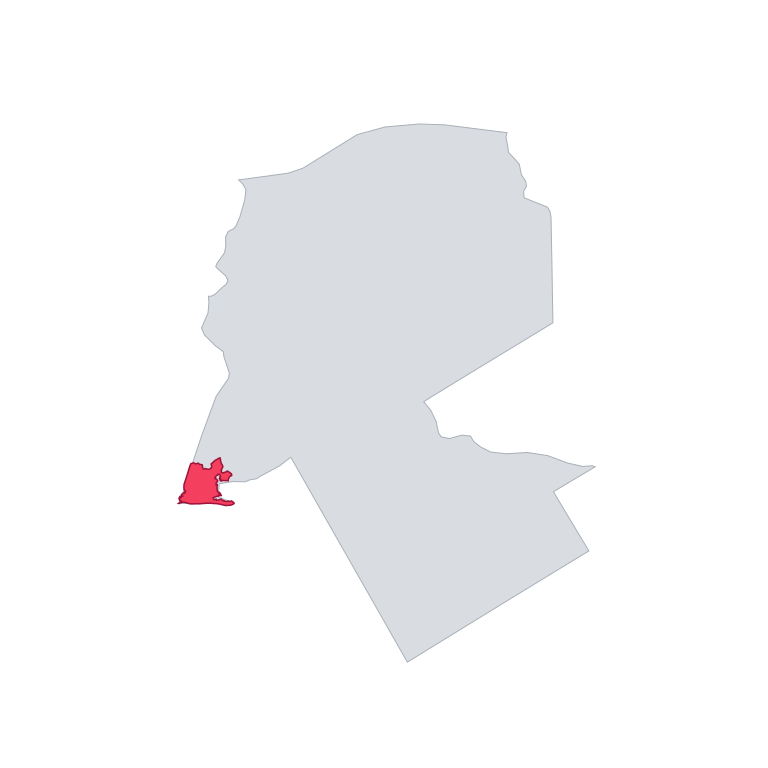 Puerto Barrios, Izabal, Guatemala shown in context, rotated 148°
{"feature_id": "79465075B20471919033812", "entity_name": "Puerto Barrios", "entity_type": "district", "adm_level": 2, "iso_a3": "GTM", "parent_name": "Guatemala", "parent_adm1": "Izabal", "projection": "orthographic", "projection_center": [-88.506, 15.734], "detail": "fine", "context": "in_parent", "style": "filled", "palette": "rose", "viewbox_px": 768, "rotation_deg": 148, "n_neighbors": 0, "source": "geoboundaries", "source_scale": "gbopen_adm2", "svg_char_len": 7049}
<svg xmlns="http://www.w3.org/2000/svg" viewBox="0 0 768 768"><g transform="rotate(148 384 384)"><path d="M146.5,531.9L149.7,528.9L152.4,521.7L155.7,514.3L153.9,505.7L152.8,498.7L156.6,488.6L156.4,480.9L158.2,476.3L163.6,473.3L166.5,467.6L151.6,447.3L151.7,442.7L153.8,437.2L166.5,416.0L181.6,390.8L198.3,363.1L208.3,346.4L243.8,346.8L267.3,347.1L297.2,347.5L329.6,347.8L350.9,348.0L359.7,347.9L358.3,336.9L359.6,324.8L363.6,313.8L363.6,309.0L357.3,303.0L345.1,299.4L338.3,294.1L338.4,287.4L335.4,279.4L329.6,269.8L317.4,260.1L298.8,250.0L283.1,236.5L270.2,219.7L259.2,208.8L250.7,204.3L248.8,201.9L273.7,202.4L297.4,202.9L297.9,179.0L298.3,157.8L298.7,133.9L341.5,134.4L392.5,134.9L445.5,135.3L487.1,135.6L511.6,135.7L510.4,165.4L508.9,199.7L507.9,225.0L506.5,258.7L505.1,293.2L503.1,340.2L501.9,370.6L502.4,371.3L516.4,369.9L537.2,371.3L542.3,371.2L548.6,373.8L553.5,374.6L564.1,381.5L576.5,386.7L584.4,376.3L580.2,370.0L577.1,366.7L577.6,363.9L620.7,391.0L615.6,395.2L604.6,404.8L584.7,421.3L566.9,436.1L549.7,449.5L534.2,461.5L532.4,462.7L512.7,471.3L509.4,475.2L505.2,492.2L503.2,496.5L506.8,505.9L510.3,520.6L509.1,528.2L495.5,537.6L489.2,546.0L486.4,551.5L484.0,550.0L479.8,549.6L470.0,551.7L465.3,552.1L461.4,554.5L461.0,559.8L463.5,568.3L464.5,572.7L461.7,574.8L449.7,579.8L445.0,584.9L440.4,592.7L435.1,596.0L429.6,595.3L425.7,596.5L417.4,602.3L404.8,613.6L398.0,622.1L397.8,628.4L399.1,634.1L353.6,613.6L338.5,610.0L274.5,609.7L247.1,601.5L216.1,585.7L195.2,571.6L146.5,531.9Z" fill="#d9dde1" stroke="#a8b0b8" stroke-width="1"/><path d="M562.1,408.2L562.4,408.3L563.1,408.4L563.8,408.6L564.5,408.7L566.1,408.5L566.9,408.6L567.3,408.8L567.8,408.8L568.4,408.6L569.0,408.2L569.6,408.5L571.2,408.0L571.6,407.9L572.5,408.0L572.6,407.9L572.8,407.9L573.0,407.6L573.3,407.1L573.5,406.3L573.7,405.4L573.8,405.1L574.2,404.9L574.8,404.5L575.4,404.5L575.7,404.3L576.0,404.2L576.6,404.3L577.7,404.5L578.3,404.8L579.2,405.6L579.4,405.9L579.6,406.1L579.7,406.4L580.2,406.9L580.7,407.1L581.3,407.1L581.6,407.2L581.9,407.3L582.0,407.5L582.3,407.8L582.3,408.4L582.1,409.2L581.6,410.3L581.3,410.7L581.1,411.4L581.0,411.8L581.2,412.1L581.6,412.4L582.0,412.9L582.4,413.1L582.9,413.4L583.1,413.6L583.2,413.9L583.2,414.8L583.4,415.2L583.6,415.4L584.2,415.6L585.2,415.7L585.4,415.8L585.7,416.0L586.0,416.1L586.4,416.5L586.9,417.6L587.3,418.0L587.5,418.2L587.8,418.3L588.7,418.4L589.5,418.7L589.9,418.8L592.0,417.4L600.4,410.1L606.8,404.8L607.4,403.9L608.3,402.7L608.7,402.0L609.3,400.8L609.4,400.4L609.6,399.8L609.3,399.5L609.2,398.8L609.2,398.2L609.3,397.9L609.5,397.9L609.7,398.2L609.9,398.2L610.1,398.1L610.3,397.9L610.6,397.1L610.8,397.0L611.1,397.1L611.2,397.3L611.6,398.0L611.9,398.0L612.6,397.7L612.9,397.7L613.5,397.6L614.0,397.7L614.3,397.6L614.5,397.5L614.6,397.3L614.6,397.0L614.4,396.6L614.0,396.2L613.9,396.0L613.9,395.7L614.0,395.5L614.5,395.6L614.9,396.1L615.2,396.4L615.4,396.3L615.5,396.3L615.8,395.7L616.0,395.6L616.3,395.7L616.3,396.0L616.2,396.4L616.2,396.6L616.3,396.7L616.4,396.8L616.6,396.8L616.9,396.7L617.1,396.5L617.2,396.2L617.1,395.9L616.7,395.4L616.6,395.2L616.8,395.2L617.2,395.6L617.6,395.9L617.9,396.1L618.2,396.0L618.3,395.9L618.4,395.7L618.3,395.1L618.7,394.9L618.8,394.8L618.8,394.2L619.0,393.5L619.0,393.3L618.6,393.2L618.5,392.9L618.4,392.7L618.0,392.2L618.1,391.9L618.6,391.8L619.3,391.8L621.5,391.7L621.3,391.5L621.3,391.3L621.2,391.2L620.7,391.3L620.4,391.3L617.8,390.6L616.8,390.0L616.6,389.9L615.7,389.2L613.8,387.2L613.3,386.5L613.0,386.1L611.4,384.7L611.0,384.6L610.8,384.3L609.8,383.8L609.1,383.2L607.9,382.7L607.1,382.2L605.9,381.4L605.6,381.3L605.2,381.0L604.4,380.4L603.2,379.8L602.9,379.6L602.4,379.4L601.7,379.0L601.2,378.8L600.9,378.6L600.2,378.3L599.5,377.8L597.3,376.8L596.3,376.1L595.7,375.7L594.0,374.7L592.2,373.2L589.7,371.5L588.2,370.3L586.7,368.9L585.3,367.5L583.4,365.5L582.2,364.5L581.7,364.3L578.8,362.8L577.9,362.4L576.0,362.0L575.5,362.0L574.7,362.1L574.2,362.3L574.2,362.6L574.5,363.4L574.6,364.1L575.2,365.5L575.4,365.7L575.5,365.8L575.9,365.9L577.0,366.0L577.3,366.2L577.7,366.9L578.2,367.3L578.5,367.5L578.9,367.5L579.4,367.6L579.6,367.7L580.0,368.1L580.4,368.3L580.6,368.5L581.0,368.6L581.2,368.9L581.4,369.6L581.9,370.4L582.2,370.6L582.4,370.6L582.4,370.2L582.5,370.3L582.6,370.5L582.8,371.0L582.9,372.4L582.9,372.6L583.1,372.6L583.2,372.4L583.9,373.0L584.1,373.1L584.4,372.9L584.6,373.0L585.2,373.2L585.5,373.4L587.3,373.8L587.5,373.9L587.5,374.2L587.5,374.4L587.3,374.7L587.3,374.9L587.4,375.4L587.7,375.5L588.4,375.5L589.0,375.5L589.3,375.7L589.5,375.9L589.6,376.1L589.6,377.2L589.3,377.7L588.9,378.0L588.7,378.0L588.4,377.7L588.2,377.8L587.9,377.9L586.9,377.7L585.9,377.4L585.5,377.5L585.3,377.4L585.0,377.3L584.7,377.1L584.4,377.0L584.0,376.6L583.5,376.4L583.3,376.5L583.1,376.8L583.2,377.2L583.1,377.3L582.7,377.6L582.5,377.9L582.4,377.7L582.5,377.6L582.7,377.2L582.4,376.9L581.9,376.5L581.6,376.0L581.4,375.6L581.0,375.7L580.9,378.6L581.0,379.2L581.2,379.6L581.3,379.7L581.6,379.9L582.0,380.6L582.2,380.9L582.0,381.5L581.4,382.9L580.9,383.9L580.5,384.6L579.7,385.7L579.2,386.1L578.8,386.9L578.7,387.2L578.8,387.4L578.9,387.5L579.1,387.7L579.3,387.6L579.2,387.3L579.3,387.1L579.5,387.1L579.8,387.5L579.7,387.6L579.5,387.9L579.1,388.6L578.5,389.3L578.0,389.5L577.7,389.5L577.5,389.4L577.4,389.4L576.7,389.6L576.5,390.0L576.2,390.3L576.2,390.6L576.3,390.9L576.4,391.1L576.3,391.8L576.4,392.0L577.0,392.7L577.4,393.0L577.4,393.4L577.3,393.6L576.6,393.7L576.5,393.8L576.9,393.9L576.9,394.0L576.8,394.4L576.6,394.6L576.4,394.6L576.1,394.5L575.9,394.6L575.6,394.7L574.5,395.3L574.0,395.2L573.6,394.9L573.4,394.9L573.4,395.0L572.8,395.4L572.6,395.3L572.5,395.0L572.4,395.0L572.0,395.1L571.8,395.0L571.6,394.9L571.3,394.4L571.4,394.1L571.3,393.7L571.3,393.4L571.4,392.8L571.5,392.6L572.1,392.4L572.2,392.2L572.3,392.2L572.6,392.2L572.6,391.9L572.5,391.6L572.9,391.3L573.0,391.2L572.8,390.9L572.8,390.7L573.2,390.6L573.7,390.8L573.8,390.8L573.8,390.5L573.7,390.4L573.4,390.2L573.2,390.0L573.0,389.4L573.0,389.2L573.2,388.9L573.5,388.9L573.6,389.0L573.7,389.5L573.9,389.4L574.0,389.3L574.0,389.1L573.8,388.4L573.7,388.1L572.7,387.8L571.9,387.6L571.1,387.2L569.6,386.1L569.3,385.8L568.5,385.4L568.0,385.1L567.7,384.9L567.6,384.6L567.4,384.5L567.2,384.9L565.7,386.3L565.3,386.5L565.0,386.8L564.3,387.0L564.1,387.1L563.3,387.3L563.2,387.4L562.7,387.4L561.9,387.0L561.7,387.1L561.5,387.3L561.3,388.0L561.1,388.1L561.0,388.7L561.2,389.4L561.5,389.9L561.6,390.2L561.6,390.6L561.9,391.1L562.4,392.0L562.7,392.9L563.0,393.2L563.3,393.3L564.8,393.2L565.3,393.3L565.6,393.3L565.9,393.4L566.0,393.6L567.1,393.8L567.6,394.0L567.8,394.2L568.1,394.2L568.2,394.3L568.5,394.7L568.6,395.4L568.5,395.8L568.3,396.1L567.6,396.6L567.6,397.3L567.3,397.6L567.0,397.8L566.7,398.0L566.1,398.1L565.9,398.3L565.5,398.5L565.3,398.7L565.2,398.7L564.6,399.2L564.5,399.5L564.3,399.6L564.1,400.6L564.0,401.4L564.1,402.1L563.7,404.0L563.6,404.5L563.5,405.0L563.4,405.1L563.2,405.7L563.0,406.0L562.9,406.2L562.9,406.5L562.6,406.8L562.4,407.7L562.1,408.0L562.1,408.2Z" fill="#f43f5e" stroke="#9f1239" stroke-width="1.5"/></g></svg>